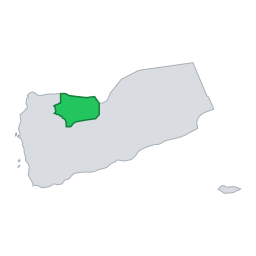 location of Khab wa Ash Sha'f, Al Jawf, Yemen
{"feature_id": "15242507B11673803403546", "entity_name": "Khab wa Ash Sha'f", "entity_type": "district", "adm_level": 2, "iso_a3": "YEM", "parent_name": "Yemen", "parent_adm1": "Al Jawf", "projection": "mercator", "projection_center": [45.303, 16.593], "detail": "fine", "context": "in_parent", "style": "filled", "palette": "green", "viewbox_px": 256, "rotation_deg": 0, "n_neighbors": 0, "source": "geoboundaries", "source_scale": "gbopen_adm2", "svg_char_len": 5280}
<svg xmlns="http://www.w3.org/2000/svg" viewBox="0 0 256 256"><path d="M213.8,109.1L204.3,112.6L201.8,114.2L199.5,116.1L197.8,118.5L196.6,122.7L197.5,126.5L197.4,128.6L195.0,129.9L192.7,130.9L190.2,132.4L188.6,132.8L187.4,134.0L185.9,134.8L180.6,137.0L174.8,138.6L165.6,140.6L162.1,142.8L158.8,144.3L153.9,144.7L147.2,146.8L143.4,148.4L138.8,151.1L137.8,152.0L136.9,153.9L135.5,155.6L132.7,158.4L130.6,159.9L129.2,159.9L126.5,160.7L123.2,160.9L117.8,159.9L116.4,160.6L115.3,161.7L111.1,163.6L106.9,167.4L103.8,168.4L98.7,169.6L95.2,171.2L92.8,171.8L89.8,172.2L84.2,172.0L78.8,172.6L73.9,173.6L71.6,175.7L68.9,178.9L64.6,180.2L63.6,181.4L62.2,183.8L59.4,184.4L56.9,184.8L54.3,183.7L49.4,186.6L47.6,187.1L44.8,187.2L42.8,187.8L41.4,187.6L39.6,186.5L35.8,185.1L33.0,186.0L32.8,183.3L28.2,175.0L29.2,167.8L29.2,166.8L28.3,163.6L25.5,160.6L25.6,156.9L24.7,154.2L24.0,151.4L24.2,150.7L24.3,150.0L22.9,145.8L22.4,144.9L22.2,144.0L22.7,143.4L22.7,142.6L21.9,141.3L21.1,138.8L17.4,136.8L18.2,135.0L18.9,135.6L19.9,136.2L20.1,135.0L20.1,134.1L18.5,128.6L20.8,121.2L20.1,114.5L23.6,111.8L24.5,111.0L25.0,110.3L25.8,108.8L27.0,108.3L27.4,106.7L27.3,105.9L26.6,105.2L26.0,103.3L26.2,101.0L26.4,100.0L26.8,98.1L28.0,97.5L28.3,96.9L27.4,95.8L27.4,95.1L29.5,93.2L30.4,92.6L31.7,92.0L32.8,92.0L34.0,92.4L35.1,92.9L36.2,93.9L37.3,95.0L39.0,95.4L40.2,95.3L41.1,95.8L41.9,95.5L42.8,94.9L44.3,95.0L45.6,94.3L49.4,94.0L53.0,94.2L56.7,93.7L60.5,93.7L64.3,93.8L65.1,93.8L66.0,94.2L69.2,95.9L71.6,96.2L76.5,96.7L81.7,97.2L86.2,97.6L90.0,97.2L93.2,96.9L94.1,97.0L95.0,98.0L96.9,100.6L98.7,103.1L101.9,103.2L103.9,102.3L106.1,101.0L107.5,100.0L109.1,96.0L110.1,93.3L112.4,90.4L114.4,88.0L117.0,84.7L118.4,82.9L121.3,79.3L124.0,77.9L129.2,75.3L134.3,72.6L137.6,70.9L140.5,70.1L145.2,69.4L150.8,68.6L156.4,67.9L162.4,67.0L169.0,66.1L173.6,65.4L179.4,64.6L184.2,63.9L188.5,63.3L192.9,62.7L193.8,64.6L194.6,66.6L195.4,68.6L196.3,70.6L197.1,72.6L197.9,74.6L198.8,76.6L199.6,78.5L200.4,80.5L201.3,82.5L202.1,84.5L202.9,86.4L203.8,88.4L204.6,90.4L205.4,92.4L206.3,94.3L207.1,96.3L208.4,96.9L209.2,98.7L210.4,101.3L211.5,103.9L212.7,106.5L213.8,109.1ZM226.6,187.2L227.7,187.4L229.5,186.8L234.5,186.7L240.6,188.8L239.5,189.4L238.8,190.2L236.1,190.9L233.5,192.5L225.7,193.3L223.4,192.9L221.6,191.3L218.1,189.2L219.5,187.9L219.8,187.3L220.3,186.7L222.3,185.7L224.2,185.8L226.6,187.2ZM19.8,161.4L19.6,161.8L19.3,161.7L18.1,160.7L19.4,159.5L20.1,160.6L19.8,161.4ZM16.1,135.5L15.5,135.9L15.4,135.1L15.7,133.4L16.4,132.9L16.8,134.2L16.5,134.9L16.1,135.5ZM19.3,166.6L18.0,167.2L18.9,165.6L19.7,165.3L20.0,165.4L19.3,166.6Z" fill="#d9dde1" stroke="#a8b0b8" stroke-width="1"/><path d="M99.2,103.2L98.9,102.8L98.6,102.4L98.3,102.0L98.0,101.5L97.7,101.1L97.4,100.7L97.1,100.3L96.8,99.9L96.5,99.5L96.2,99.1L95.9,98.6L95.7,98.2L95.4,97.8L95.1,97.4L94.8,97.0L94.5,96.6L94.0,96.7L93.6,96.7L93.1,96.8L92.7,96.9L92.2,96.9L91.8,97.0L91.3,97.0L90.9,97.1L90.4,97.2L90.0,97.2L89.5,97.3L89.1,97.3L88.6,97.4L88.2,97.5L87.7,97.5L87.3,97.6L86.8,97.6L86.3,97.5L85.8,97.5L85.3,97.5L84.7,97.4L84.2,97.4L83.7,97.4L83.3,97.3L82.7,97.3L82.2,97.3L81.7,97.2L81.3,97.1L80.7,97.1L80.2,97.0L79.7,96.9L79.2,96.9L78.7,96.8L78.2,96.8L77.7,96.7L77.2,96.6L76.7,96.6L76.2,96.5L75.6,96.4L75.1,96.4L74.6,96.3L74.1,96.2L73.6,96.2L73.1,96.1L72.6,96.1L72.1,96.0L71.6,95.9L71.1,95.9L70.6,95.8L70.1,95.7L69.5,95.7L69.1,95.6L68.6,95.4L68.2,95.1L67.8,94.9L67.3,94.6L66.9,94.4L66.5,94.1L66.0,93.9L65.6,93.6L65.1,93.6L64.6,93.6L64.2,93.6L63.7,93.6L63.2,93.6L62.7,93.6L62.2,93.6L61.7,93.6L61.2,93.6L60.9,93.6L60.7,93.6L60.6,94.7L60.6,97.6L60.6,99.8L60.6,101.2L60.6,103.2L59.4,103.1L59.1,103.3L58.9,103.3L58.7,103.4L58.7,103.5L58.6,103.8L58.4,104.0L58.2,104.0L57.9,104.1L57.7,104.3L57.4,104.4L57.2,104.4L57.0,104.5L56.9,104.5L56.7,104.5L56.4,104.7L56.2,104.8L55.9,104.9L55.9,105.0L55.7,105.1L55.4,105.1L55.2,105.1L54.9,105.2L54.8,105.3L54.7,105.5L54.4,105.8L54.2,106.0L53.9,106.1L54.1,106.3L54.3,106.3L54.7,106.5L54.8,106.5L55.0,106.6L55.0,107.1L55.1,107.3L55.1,107.5L55.1,108.4L55.2,108.9L55.2,109.0L55.3,109.2L55.3,109.3L55.5,109.7L55.5,109.8L55.6,110.1L55.7,110.5L55.8,110.9L55.8,111.1L55.7,111.3L55.6,111.6L54.7,112.9L54.6,113.2L54.5,113.3L54.8,113.3L55.0,113.4L55.3,113.5L55.5,113.6L55.8,113.8L55.9,114.0L56.0,114.0L56.3,114.2L56.4,114.3L56.5,114.3L56.8,114.3L57.0,114.3L57.3,114.3L57.5,114.4L57.8,114.4L57.9,114.5L58.0,114.5L58.3,114.6L58.5,114.7L58.7,114.8L58.8,114.8L59.1,115.0L59.3,115.1L59.5,115.3L59.7,115.5L59.8,115.6L60.0,115.8L60.2,116.0L60.3,116.0L60.6,116.1L60.8,116.2L61.0,116.2L61.3,116.2L61.5,116.2L62.0,116.2L62.3,117.1L62.3,117.3L62.4,118.1L63.0,118.3L63.3,118.4L63.9,118.6L64.3,119.0L64.5,119.2L65.0,119.7L65.4,120.0L65.5,120.2L65.6,120.7L65.7,121.1L65.8,121.2L66.1,122.1L66.3,126.7L66.9,126.7L69.5,126.7L70.1,126.7L70.4,126.7L70.6,126.6L70.9,126.5L71.0,126.3L71.2,126.1L71.4,125.9L71.5,125.9L71.8,125.4L72.2,124.9L72.6,124.2L73.3,123.5L73.5,123.4L73.7,123.2L74.2,122.8L74.6,122.6L74.9,122.4L75.0,122.4L75.3,122.2L75.5,122.1L76.0,121.9L76.3,121.8L76.6,121.7L76.9,121.6L77.0,121.6L77.5,121.5L77.8,121.5L79.5,121.2L80.4,121.0L85.8,120.1L88.7,119.6L95.6,118.7L96.2,118.0L99.2,114.6L99.2,110.8L99.2,108.5L99.2,107.4L99.2,106.2L99.3,105.5L99.2,105.5L99.2,104.6L99.2,103.7L99.2,103.2L99.2,103.2Z" fill="#22c55e" stroke="#15803d" stroke-width="1.5"/></svg>